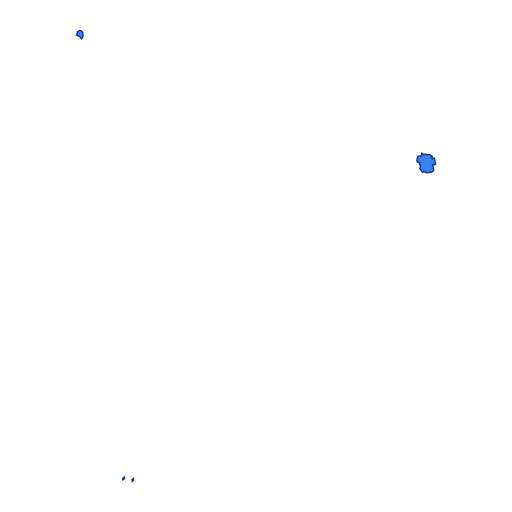 the border of Pohnpei
{"feature_id": "FSM-4941", "entity_name": "Pohnpei", "entity_type": "state/province", "adm_level": 1, "iso_a3": "FSM", "parent_name": "Federated States of Micronesia", "parent_adm1": "", "projection": "natural_earth1", "projection_center": [156.635, 4.552], "detail": "fine", "context": "isolated", "style": "filled", "palette": "blue", "viewbox_px": 512, "rotation_deg": 0, "n_neighbors": 0, "source": "natural_earth", "source_scale": "10m", "svg_char_len": 1005}
<svg xmlns="http://www.w3.org/2000/svg" viewBox="0 0 512 512"><path d="M431.3,157.5L431.8,158.5L432.6,158.9L433.4,158.7L434.3,158.2L435.5,163.5L435.5,164.5L434.8,164.8L432.9,164.6L432.5,164.8L432.7,165.9L433.5,167.8L433.7,169.0L433.4,170.6L432.6,171.6L431.5,172.0L427.3,172.7L425.6,172.6L424.7,171.5L422.8,172.2L421.7,171.3L420.8,169.7L419.9,168.7L420.3,167.3L420.4,166.0L420.1,164.8L419.3,163.8L419.5,163.4L419.9,162.4L417.5,162.2L416.9,160.6L417.5,157.2L418.3,156.2L420.0,156.1L421.5,155.7L421.7,153.3L423.5,154.2L424.1,154.7L425.0,154.2L425.6,154.2L426.2,154.5L427.1,154.7L429.3,154.6L430.1,154.7L430.2,154.9L431.6,156.0L431.9,156.1L432.5,157.0L432.2,157.2L431.3,157.5ZM81.8,31.7L82.7,32.5L83.0,35.6L82.6,37.4L82.2,38.2L81.5,38.8L80.0,36.7L77.9,35.7L76.5,35.0L77.1,33.6L77.5,31.9L78.3,31.2L78.9,30.9L81.1,30.7L81.8,31.7ZM124.3,477.2L124.5,478.8L122.9,479.8L122.7,478.3L124.3,477.2ZM132.2,481.3L132.0,479.7L133.3,478.6L133.5,480.2L132.2,481.3Z" fill="#3b82f6" stroke="#1e3a8a" stroke-width="1.5"/></svg>